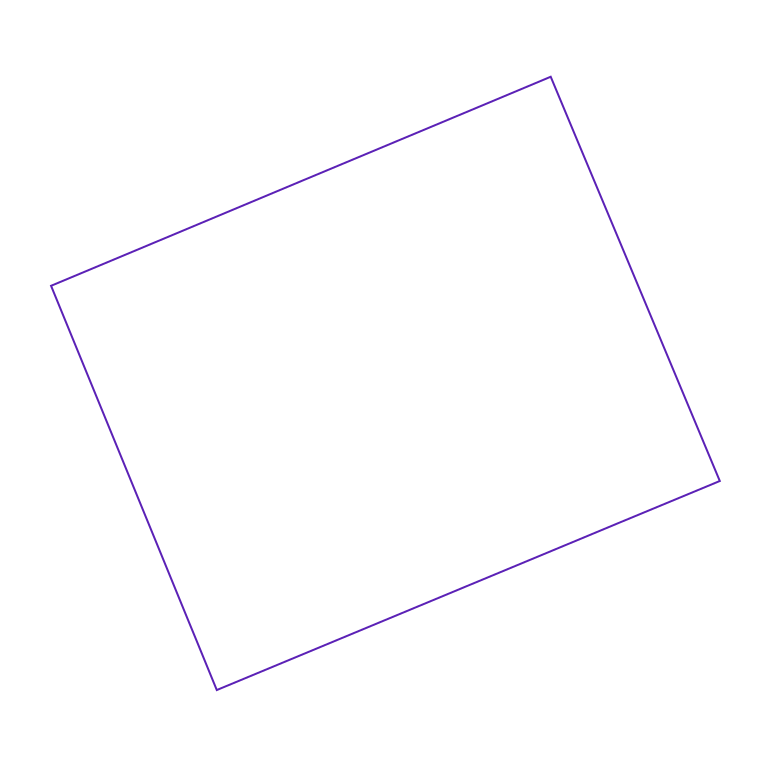 the district of Trenel, La Pampa, Argentina, rotated 337°
{"feature_id": "61730980B26408179177195", "entity_name": "Trenel", "entity_type": "district", "adm_level": 2, "iso_a3": "ARG", "parent_name": "Argentina", "parent_adm1": "La Pampa", "projection": "mercator", "projection_center": [-64.18, -35.632], "detail": "fine", "context": "isolated", "style": "outline", "palette": "violet", "viewbox_px": 768, "rotation_deg": 337, "n_neighbors": 0, "source": "geoboundaries", "source_scale": "gbopen_adm2", "svg_char_len": 454}
<svg xmlns="http://www.w3.org/2000/svg" viewBox="0 0 768 768"><g transform="rotate(337 384 384)"><path d="M110.5,600.4L115.3,600.4L381.0,602.4L487.4,603.2L545.6,603.6L654.9,604.5L655.2,604.5L656.0,457.1L656.6,345.4L657.1,236.2L657.5,167.7L657.5,167.1L657.5,166.3L656.4,166.3L655.0,166.3L551.8,165.8L388.6,164.9L228.5,164.1L115.9,163.5L115.0,235.9L112.4,447.9L111.4,526.2L111.2,545.8L110.5,600.4Z" fill="none" stroke="#5b21b6" stroke-width="2"/></g></svg>